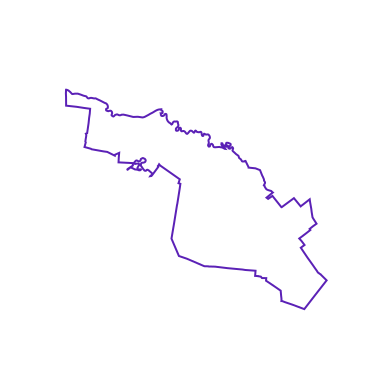 outline of Ghilad, Timis, Romania, rotated 32°
{"feature_id": "2599482B20646127738139", "entity_name": "Ghilad", "entity_type": "district", "adm_level": 2, "iso_a3": "ROU", "parent_name": "Romania", "parent_adm1": "Timis", "projection": "mercator", "projection_center": [21.055, 45.454], "detail": "fine", "context": "isolated", "style": "outline", "palette": "violet", "viewbox_px": 384, "rotation_deg": 32, "n_neighbors": 0, "source": "geoboundaries", "source_scale": "gbopen_adm2", "svg_char_len": 5963}
<svg xmlns="http://www.w3.org/2000/svg" viewBox="0 0 384 384"><g transform="rotate(32 192 192)"><path d="M349.3,231.8L350.7,217.6L351.1,213.7L353.0,195.6L345.0,193.8L344.9,193.7L343.2,193.7L342.1,193.5L341.7,193.6L341.3,193.5L339.7,192.7L336.3,191.3L333.3,190.0L324.6,186.4L313.8,181.6L315.5,177.3L310.8,175.5L307.6,174.6L310.6,166.8L312.5,161.5L311.3,161.0L312.8,156.8L314.4,152.9L308.7,150.2L308.4,150.0L307.7,149.7L304.2,145.7L302.1,143.1L297.6,138.1L295.7,135.8L292.4,144.9L292.1,145.5L291.8,146.6L281.7,143.2L276.1,157.4L275.9,157.5L262.3,152.7L260.2,157.5L258.2,157.3L260.8,149.6L260.3,149.6L258.9,149.2L258.5,149.2L255.7,150.0L254.5,150.2L253.5,150.2L251.5,149.3L249.8,148.3L249.8,148.2L249.4,148.2L249.2,145.8L248.8,145.1L247.0,144.1L246.6,143.5L246.1,143.0L243.8,141.4L243.0,141.0L238.1,137.4L233.3,138.3L227.1,141.3L227.0,141.1L220.9,137.3L220.5,137.6L220.5,138.0L220.2,138.4L218.9,139.2L218.6,139.4L218.1,139.4L216.1,138.4L214.1,138.2L213.6,137.9L212.6,137.0L212.1,136.7L209.2,136.5L207.3,136.1L205.0,135.7L204.4,135.4L204.2,134.9L203.8,133.3L203.5,133.0L203.0,132.7L202.4,132.6L202.1,132.9L201.8,133.7L201.5,134.6L201.2,135.2L200.5,135.5L199.8,135.5L199.7,135.3L199.5,134.8L199.5,133.6L199.9,132.2L199.9,131.6L199.6,131.2L199.2,130.8L198.6,130.8L196.5,131.2L195.4,131.8L195.1,132.4L195.6,133.8L196.0,133.9L198.4,133.9L198.6,133.9L198.7,134.1L198.8,134.3L198.6,134.5L197.3,135.3L196.4,135.5L196.1,135.5L195.4,135.1L194.0,135.7L193.3,135.6L193.0,135.5L192.0,134.7L191.7,134.7L191.2,135.0L191.7,136.1L192.3,136.5L193.5,136.9L195.4,137.1L197.4,137.8L197.0,138.0L194.1,138.2L192.0,139.1L191.3,139.3L187.8,141.9L186.8,142.3L186.2,142.2L185.5,141.7L185.1,141.2L184.5,140.9L183.8,140.7L183.2,140.7L183.0,140.8L182.5,141.7L182.5,141.9L182.9,143.5L182.9,143.9L182.6,144.3L182.1,144.6L181.4,144.3L180.9,143.9L180.8,143.6L180.6,143.1L180.4,141.8L180.1,141.2L178.8,139.8L178.5,139.1L178.4,138.5L178.6,137.6L178.6,137.0L178.3,136.4L178.2,136.1L177.2,135.2L176.0,134.7L175.5,134.6L174.7,134.9L173.7,135.7L173.3,135.9L173.0,136.0L171.9,136.0L171.4,136.2L171.3,136.7L171.7,137.8L171.8,138.3L171.6,138.7L171.2,138.9L170.7,138.8L170.0,138.3L168.9,137.0L168.4,136.5L167.7,136.3L167.4,136.4L166.3,137.6L165.3,138.1L164.2,138.4L162.9,138.0L162.4,138.1L162.2,138.5L162.4,139.8L162.4,140.2L162.4,140.4L162.1,140.7L161.7,140.7L159.6,140.3L158.7,140.5L158.1,140.9L157.8,141.5L157.4,144.4L157.1,145.2L156.7,145.4L156.1,145.4L154.0,144.6L153.1,144.6L152.6,144.7L152.2,144.9L151.2,145.9L151.0,146.0L150.5,146.0L150.0,145.7L149.1,144.2L148.8,143.9L148.5,143.8L147.8,143.8L147.5,144.0L147.3,144.5L147.4,145.3L147.7,145.9L147.8,146.4L147.6,147.2L147.1,147.8L146.8,148.1L146.3,148.3L146.0,148.3L145.5,148.0L144.8,146.8L144.8,146.5L144.9,145.8L145.3,144.5L145.4,143.9L145.3,143.5L145.1,142.6L144.8,142.2L143.7,141.3L143.0,140.2L142.8,140.1L142.2,140.0L141.7,140.2L140.9,140.9L139.9,141.4L139.4,141.8L139.1,142.5L139.0,142.9L139.0,143.3L139.2,144.6L139.2,145.0L138.9,145.6L138.6,145.6L137.2,145.2L135.5,145.2L134.1,144.8L133.1,144.3L131.8,143.3L131.3,142.7L130.9,142.2L130.4,141.2L129.2,139.7L128.6,139.6L127.9,140.0L127.8,140.4L127.7,141.9L127.4,142.5L126.9,143.1L126.4,143.4L125.7,143.6L124.7,143.1L124.0,141.9L123.8,141.8L124.7,141.0L125.1,140.8L124.8,139.8L124.4,139.2L124.1,139.0L123.2,138.8L122.8,139.0L122.1,138.5L122.0,138.2L120.3,139.5L119.7,140.1L119.1,140.8L118.1,142.4L116.5,145.6L115.2,147.7L114.3,149.5L112.3,153.0L111.4,154.2L110.5,155.0L106.2,156.9L102.4,159.5L96.5,161.4L93.4,162.5L92.7,162.8L91.3,163.8L90.9,164.5L90.3,165.1L89.6,165.5L87.6,165.8L87.2,166.0L86.0,167.3L85.6,169.1L85.4,169.5L85.2,169.7L84.2,169.8L83.1,169.5L82.9,169.2L82.7,167.9L82.4,167.3L81.5,166.4L80.4,166.1L79.7,166.3L79.3,166.6L78.1,167.9L76.3,168.3L75.9,168.2L75.6,167.9L75.2,167.2L75.3,166.8L76.0,165.7L76.0,165.3L75.6,164.4L74.7,163.4L74.0,162.9L72.9,162.5L72.0,162.4L70.7,162.7L65.6,163.1L62.5,163.5L60.9,163.6L60.4,163.8L59.6,164.4L59.2,164.6L57.3,165.3L56.6,165.6L55.7,166.3L55.0,167.2L54.3,167.6L53.5,167.6L51.9,167.0L51.4,167.0L49.0,167.8L45.9,168.4L43.1,169.1L41.1,170.3L40.2,171.0L39.0,172.1L38.2,172.4L35.6,171.7L33.4,171.4L31.5,171.7L31.0,172.0L32.8,175.2L34.8,178.1L39.5,185.5L49.0,180.9L56.2,177.8L61.5,175.4L63.8,179.8L65.5,183.7L67.8,188.4L71.9,197.7L71.1,198.8L71.7,199.2L72.5,200.3L73.7,203.2L74.8,205.7L75.6,206.2L77.0,210.8L83.4,208.9L84.1,209.0L95.3,204.5L98.9,202.9L107.3,202.1L106.9,201.3L109.5,197.4L111.6,201.5L114.0,205.8L126.4,198.9L127.8,200.8L127.8,201.0L126.2,204.5L125.3,206.5L125.2,207.0L125.3,207.2L125.6,207.2L125.9,206.4L126.4,204.5L126.6,204.2L127.0,203.9L128.1,203.4L131.6,203.1L133.9,202.0L135.1,201.8L135.9,201.5L136.7,200.8L136.8,200.1L136.5,200.0L136.3,200.1L135.4,200.8L134.5,201.3L133.9,201.2L133.3,200.8L133.0,200.5L132.9,200.1L132.8,196.7L132.7,196.4L131.6,196.3L130.9,196.7L129.6,197.6L129.0,198.3L128.8,198.4L127.8,198.5L127.4,198.0L127.4,197.2L127.7,195.5L127.8,195.2L128.0,194.9L128.5,194.5L130.5,194.3L130.9,194.1L131.3,193.7L131.5,193.1L131.6,192.7L131.5,192.1L131.2,191.4L131.2,191.1L131.5,190.5L132.0,189.6L132.4,189.2L134.3,188.9L135.0,189.1L135.9,189.6L136.2,190.3L136.3,191.2L136.1,191.8L135.4,192.7L134.2,193.6L133.8,194.1L133.8,195.0L134.3,196.2L134.6,196.7L135.0,196.9L136.9,197.7L138.2,198.3L140.4,199.0L141.1,198.8L141.6,198.4L141.8,198.0L141.9,197.3L142.2,196.9L142.6,196.7L143.8,196.6L148.2,197.3L148.7,197.9L148.9,198.6L148.7,199.3L148.2,200.2L148.2,200.7L149.1,199.9L149.3,198.5L150.1,188.5L149.3,188.1L149.3,187.8L149.5,187.4L149.4,185.9L151.0,186.4L174.9,187.7L175.9,191.7L177.8,191.2L179.5,195.0L185.8,209.8L186.2,211.0L193.5,228.3L199.3,242.4L214.8,253.2L223.0,251.3L241.8,248.4L245.2,246.4L245.5,246.4L251.1,243.1L262.6,237.7L275.9,231.0L278.5,229.9L287.6,225.1L290.0,229.7L292.8,228.2L292.9,228.3L295.2,227.3L296.9,227.9L300.6,225.7L301.8,228.0L311.1,228.3L319.5,228.7L322.6,232.8L324.2,234.8L325.2,236.3L325.6,237.1L326.2,236.7L329.0,236.2L337.0,234.3L349.3,231.8Z" fill="none" stroke="#5b21b6" stroke-width="2"/></g></svg>